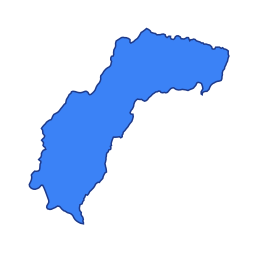 the district of Promissão, São Paulo, Brazil, rotated 188°
{"feature_id": "56859067B81911907857005", "entity_name": "Promissão", "entity_type": "district", "adm_level": 2, "iso_a3": "BRA", "parent_name": "Brazil", "parent_adm1": "São Paulo", "projection": "mercator", "projection_center": [-49.88, -21.492], "detail": "fine", "context": "isolated", "style": "filled", "palette": "blue", "viewbox_px": 256, "rotation_deg": 188, "n_neighbors": 0, "source": "geoboundaries", "source_scale": "gbopen_adm2", "svg_char_len": 4587}
<svg xmlns="http://www.w3.org/2000/svg" viewBox="0 0 256 256"><g transform="rotate(188 128 128)"><path d="M196.5,36.8L194.0,36.5L192.6,36.9L190.6,38.2L189.2,39.0L186.9,40.9L184.8,40.8L182.1,38.4L180.0,37.1L178.6,36.9L176.3,35.8L173.6,35.4L172.0,34.8L170.5,33.6L168.9,31.3L167.6,29.9L166.0,28.8L164.1,27.9L161.8,27.1L158.8,26.9L159.0,28.3L159.8,29.6L159.5,31.2L160.4,33.4L161.6,34.6L162.5,36.0L162.5,37.8L164.4,39.7L165.0,41.9L164.9,45.3L162.9,46.6L162.6,48.8L161.6,50.4L162.0,52.0L161.3,53.0L161.0,54.4L160.6,56.1L158.8,55.9L157.9,57.4L157.1,59.7L155.7,61.4L154.7,62.8L153.7,64.2L152.8,66.2L152.4,67.7L151.4,69.0L150.1,70.1L148.8,70.1L148.1,71.5L146.9,73.2L146.0,74.5L145.8,76.6L145.3,78.4L144.5,80.4L143.2,81.4L143.6,83.2L144.2,85.2L144.9,86.7L145.3,88.1L145.9,89.4L145.6,91.2L145.4,93.9L145.7,95.7L145.5,97.1L145.7,98.7L145.5,100.2L144.3,101.7L144.0,103.6L142.3,104.4L142.1,105.9L142.9,107.4L141.9,108.3L142.5,110.0L142.3,112.1L141.9,114.4L141.2,116.9L138.9,117.2L136.7,117.7L135.3,118.2L133.8,117.3L132.5,118.5L132.8,120.2L132.2,121.3L132.1,123.2L130.7,125.1L129.6,127.1L128.3,129.1L127.2,131.7L126.3,133.3L125.2,135.0L124.7,137.3L124.4,139.9L125.0,142.3L126.9,142.2L128.1,143.3L127.4,145.9L126.3,147.6L125.5,150.1L125.5,152.5L124.9,155.0L124.0,156.5L122.7,157.9L120.2,157.9L118.4,158.2L117.0,157.4L115.2,156.9L113.7,157.7L112.6,158.9L111.6,160.9L109.7,163.0L108.4,164.9L107.0,166.1L105.6,167.5L103.9,168.0L102.9,168.8L101.5,168.9L100.2,167.8L98.6,167.7L96.9,168.3L95.4,168.1L93.9,168.8L92.9,170.3L92.2,171.5L91.1,173.0L89.6,173.9L88.4,174.2L87.3,173.6L85.7,172.9L83.4,172.7L81.5,173.1L79.6,173.8L77.9,173.8L75.9,173.8L73.8,173.5L72.8,174.2L71.7,174.9L70.0,175.8L68.7,176.7L68.0,177.9L66.8,179.7L66.2,182.0L65.0,183.0L62.7,182.8L61.4,182.2L60.0,179.5L59.3,177.2L60.6,174.1L60.3,171.9L59.2,171.3L59.1,173.4L58.1,174.3L56.6,175.0L54.9,175.3L53.2,177.5L52.7,179.6L51.9,181.8L50.4,183.7L48.8,184.8L47.7,185.7L46.3,186.5L43.9,187.3L42.4,188.1L41.9,189.7L42.1,192.2L41.9,193.8L42.3,195.6L42.0,198.0L40.7,200.0L40.7,201.8L39.9,204.0L39.5,206.0L38.8,207.9L38.6,211.1L38.1,213.3L39.0,214.9L39.3,216.6L39.4,218.2L41.1,219.2L42.4,219.6L44.1,219.7L45.5,220.7L46.8,219.8L48.8,220.8L50.7,220.5L52.5,220.2L53.0,218.5L54.5,218.0L55.7,218.2L56.3,219.8L57.5,220.8L58.6,221.5L60.0,221.6L62.4,222.0L64.4,221.6L65.5,222.7L67.1,222.4L68.6,223.2L70.6,223.5L72.5,223.9L73.9,225.0L75.4,225.2L76.8,224.4L78.1,224.2L79.0,223.0L79.9,224.5L80.7,225.9L82.3,225.8L83.8,224.6L84.9,223.9L86.1,223.9L87.8,223.8L89.0,225.5L91.2,226.3L92.8,225.9L93.9,224.7L94.3,223.0L95.4,222.0L97.5,222.1L98.6,223.4L98.6,224.7L100.3,224.6L101.9,223.0L103.5,223.9L104.1,225.5L105.9,226.0L107.5,225.6L109.0,224.9L110.9,224.6L112.3,224.3L114.0,225.4L115.4,225.4L116.7,225.6L118.5,225.9L119.5,227.3L121.3,228.4L123.5,229.1L124.9,227.5L126.8,225.6L128.3,224.4L129.0,222.5L129.9,220.3L131.1,218.0L133.1,216.1L134.5,214.3L137.0,212.5L138.0,213.3L138.3,215.8L139.9,216.7L142.3,217.2L144.2,217.0L145.5,217.1L147.1,216.6L148.9,215.0L150.0,214.1L151.8,212.5L152.1,210.2L151.7,207.9L151.7,206.4L152.3,204.8L152.8,203.5L152.8,200.9L152.4,198.7L152.8,197.1L154.3,196.7L154.8,195.0L154.6,193.2L153.5,191.6L153.7,190.0L153.8,188.1L154.3,186.8L155.2,185.8L156.7,184.7L158.1,183.3L159.0,182.0L159.8,180.7L160.3,179.4L161.1,177.7L162.2,176.0L162.2,174.5L161.8,172.7L162.0,170.6L162.7,168.7L163.6,167.4L164.4,166.0L165.0,164.5L165.4,162.9L165.8,161.1L166.7,159.4L167.8,157.9L169.3,156.2L170.5,155.6L171.7,156.3L172.5,157.6L174.1,158.5L175.5,158.4L176.6,157.8L177.9,157.1L179.6,156.4L181.5,156.2L183.1,156.3L185.3,156.7L187.6,156.7L189.0,156.0L189.4,154.4L190.9,152.9L191.5,150.9L192.3,149.1L192.9,147.6L193.2,143.6L194.3,142.7L195.2,141.1L196.3,139.2L197.2,137.8L198.4,135.5L199.8,133.7L201.4,132.5L203.3,131.1L204.2,129.1L204.8,126.5L205.5,125.4L206.8,124.9L208.2,123.7L209.5,122.4L210.3,120.8L211.6,119.1L212.7,117.4L213.7,115.5L212.3,114.0L211.8,112.0L211.5,110.7L210.4,109.7L209.4,108.6L209.7,106.8L210.9,105.4L211.9,103.9L210.7,102.8L209.7,101.9L209.5,100.4L209.8,99.1L208.9,98.0L207.6,97.4L206.5,95.4L208.7,94.2L209.5,92.8L210.2,90.8L209.9,88.8L210.2,87.0L211.2,85.6L212.1,84.3L210.9,83.5L209.7,83.0L209.5,81.5L210.0,80.0L209.9,78.6L209.8,77.1L209.7,75.5L209.9,74.0L210.8,73.0L212.9,72.3L214.4,72.3L215.6,70.8L216.4,69.6L217.2,68.0L216.6,66.4L216.4,65.0L216.5,63.0L217.0,61.1L217.9,58.3L217.3,56.5L215.9,55.2L214.5,54.6L213.2,54.3L211.4,54.4L209.0,55.6L207.7,56.6L205.9,59.3L204.5,59.4L203.0,57.3L200.9,53.7L198.5,49.2L196.5,45.4L196.1,43.5L196.5,42.1L197.5,39.6L197.5,38.2L196.5,36.8Z" fill="#3b82f6" stroke="#1e3a8a" stroke-width="1.5"/></g></svg>